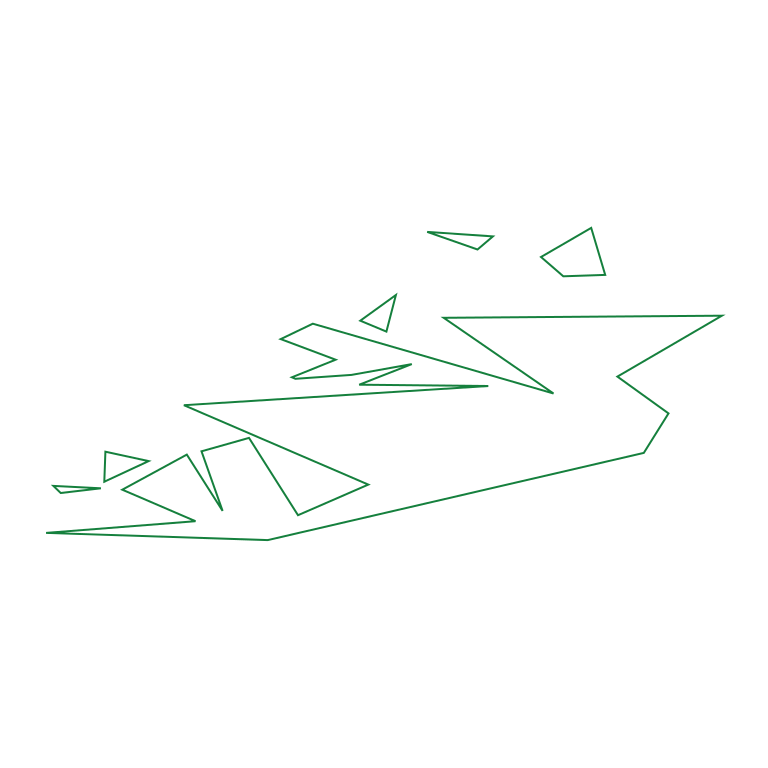 an SVG outline of Møre og Romsdal
{"feature_id": "NOR-910", "entity_name": "Møre og Romsdal", "entity_type": "County", "adm_level": 1, "iso_a3": "NOR", "parent_name": "Norway", "parent_adm1": "", "projection": "robinson", "projection_center": [7.305, 62.718], "detail": "coarse", "context": "isolated", "style": "outline", "palette": "green", "viewbox_px": 768, "rotation_deg": 0, "n_neighbors": 0, "source": "natural_earth", "source_scale": "10m", "svg_char_len": 703}
<svg xmlns="http://www.w3.org/2000/svg" viewBox="0 0 768 768"><path d="M46.1,532.9L195.5,521.2L122.3,489.7L186.8,454.6L222.6,510.9L201.5,451.3L249.0,437.9L298.0,515.2L368.3,484.6L183.9,405.2L488.3,386.0L359.2,384.7L411.8,364.1L351.5,374.9L295.4,378.8L291.9,377.3L335.6,359.7L280.7,339.1L312.8,323.7L553.5,393.5L443.7,317.8L721.9,315.7L617.4,376.6L668.5,413.4L643.8,452.9L267.7,540.1L46.1,532.9ZM605.2,274.9L563.3,276.3L541.0,257.0L591.2,227.9L605.2,274.9ZM477.5,249.5L427.2,231.9L492.9,236.4L477.5,249.5ZM395.9,295.0L386.4,331.6L360.3,320.7L395.9,295.0ZM105.4,451.7L148.6,461.1L104.3,481.7L105.4,451.7ZM53.4,485.9L100.9,488.3L60.7,493.0L53.4,485.9Z" fill="none" stroke="#15803d" stroke-width="2"/></svg>